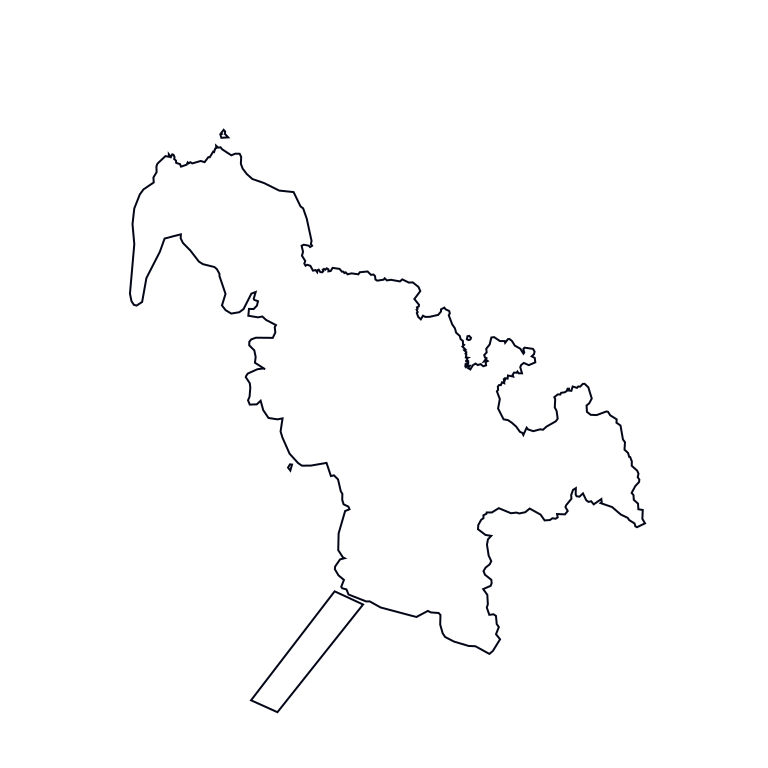 the district of Tailevu, Central, Fiji, rotated 164°
{"feature_id": "14151628B48978228339800", "entity_name": "Tailevu", "entity_type": "district", "adm_level": 2, "iso_a3": "FJI", "parent_name": "Fiji", "parent_adm1": "Central", "projection": "mercator", "projection_center": [178.445, -17.83], "detail": "fine", "context": "isolated", "style": "outline", "palette": "ink", "viewbox_px": 768, "rotation_deg": 164, "n_neighbors": 0, "source": "geoboundaries", "source_scale": "gbopen_adm2", "svg_char_len": 6167}
<svg xmlns="http://www.w3.org/2000/svg" viewBox="0 0 768 768"><g transform="rotate(164 384 384)"><path d="M164.9,221.8L165.8,224.5L164.1,227.6L164.5,230.9L168.4,237.1L167.1,241.3L167.5,245.9L168.4,246.4L168.4,250.4L170.9,254.6L168.4,261.6L169.6,264.8L168.1,278.9L171.2,282.7L170.1,285.9L175.2,291.6L176.3,295.5L177.8,296.3L188.1,295.5L193.8,297.4L196.6,301.3L195.2,307.5L192.0,308.9L188.3,312.8L188.5,324.5L191.1,328.9L192.9,329.3L196.1,327.4L198.0,328.1L199.6,327.1L203.3,329.6L205.8,325.8L208.2,326.8L207.5,328.5L208.8,328.9L210.3,326.9L212.6,326.2L216.2,326.7L217.4,325.3L219.8,326.1L223.9,324.4L223.6,322.3L226.3,314.4L225.5,310.6L226.6,302.8L229.1,300.8L239.4,298.3L243.8,296.2L246.3,297.4L253.5,297.5L258.0,300.6L258.9,302.7L264.1,296.6L264.4,298.8L266.5,300.5L268.7,306.7L272.0,311.8L274.8,315.1L278.8,317.1L281.1,329.0L276.8,337.6L277.5,345.8L275.9,347.0L275.3,350.1L273.6,351.3L272.0,350.7L270.1,353.1L268.2,351.6L267.5,355.6L266.8,355.9L266.7,354.5L265.6,356.0L263.7,355.1L262.5,358.0L257.7,355.5L257.8,357.4L255.9,359.1L253.4,358.3L252.3,359.2L251.7,357.2L248.4,356.2L248.4,362.6L246.9,364.5L243.8,365.7L239.6,362.2L232.6,363.1L231.9,367.5L234.4,369.9L231.6,371.3L230.3,373.7L231.1,376.7L238.9,380.2L240.4,379.2L240.5,375.6L241.6,374.7L243.3,380.4L247.7,384.9L249.1,390.0L251.0,392.7L252.6,392.9L256.2,390.2L256.2,392.0L260.7,393.3L265.2,398.7L268.0,399.1L271.5,392.9L276.0,389.7L276.6,386.1L279.7,384.2L279.6,381.7L278.4,380.6L281.5,378.2L278.7,378.5L278.0,377.5L280.3,377.0L280.7,373.8L283.6,373.7L285.8,376.5L288.6,376.3L290.4,378.4L293.3,377.6L297.0,374.2L298.7,376.0L296.5,377.9L298.2,378.4L299.5,377.2L298.7,378.6L300.6,377.5L301.0,378.4L300.2,380.4L299.0,379.8L299.0,381.0L297.2,381.1L296.8,382.7L299.5,383.6L297.3,383.6L297.5,385.8L296.0,386.1L298.0,387.1L296.6,389.9L297.3,390.7L296.1,391.9L297.6,394.4L296.1,394.5L298.3,398.4L296.2,399.5L297.1,400.5L296.3,403.7L298.0,406.0L297.9,409.3L300.5,413.4L300.5,418.0L302.0,422.6L302.8,432.2L301.3,433.7L301.2,436.2L304.1,438.7L305.0,440.8L308.6,440.0L309.3,437.9L312.9,435.5L321.6,436.0L325.8,437.1L327.7,438.9L330.8,436.0L332.6,439.1L332.9,443.2L331.8,443.9L332.2,446.5L331.0,447.1L331.2,448.6L329.2,449.0L328.5,450.5L331.4,457.3L323.5,463.3L324.1,467.8L328.4,473.8L332.1,474.6L337.6,479.5L340.4,478.2L348.5,482.2L352.7,482.8L354.2,485.4L355.6,484.4L362.0,485.2L363.4,486.8L362.9,490.3L363.9,492.1L366.4,492.5L368.8,496.7L376.5,498.1L378.4,496.5L384.7,499.3L388.8,499.5L390.1,501.9L391.5,501.6L392.1,503.2L393.5,503.6L395.0,506.9L401.4,509.8L404.1,507.3L406.4,507.6L405.8,509.5L407.2,511.0L409.0,510.0L410.0,511.2L411.4,510.7L411.3,509.1L412.7,508.4L414.4,509.2L415.2,511.9L416.5,511.7L417.4,509.9L418.4,512.4L421.0,512.5L422.2,517.9L425.0,519.8L426.8,519.3L427.4,521.7L425.8,524.0L427.5,529.9L425.4,533.4L425.1,539.6L422.7,540.0L418.2,537.7L417.3,536.0L415.0,536.7L415.7,538.7L414.2,541.5L412.7,564.2L413.3,575.1L415.3,577.7L418.0,593.4L431.4,598.8L444.0,610.3L454.0,617.3L458.0,623.6L460.5,630.0L460.9,635.1L458.7,641.6L459.3,645.1L463.5,646.4L467.7,645.9L474.9,654.2L475.9,656.6L478.2,656.9L479.7,659.3L480.2,657.0L481.3,656.9L483.4,653.8L484.1,654.5L489.0,650.0L490.3,650.5L495.3,646.7L498.7,648.9L507.5,648.9L509.1,650.6L511.0,649.9L511.6,651.1L513.3,649.2L519.2,648.9L519.5,651.6L522.8,653.8L522.4,656.1L523.7,658.2L522.8,659.7L523.1,662.2L524.2,663.1L526.3,660.9L527.5,664.1L528.1,661.7L531.3,663.3L541.0,658.3L542.8,655.9L544.2,650.3L548.7,646.1L549.8,641.2L561.5,637.4L566.5,633.5L575.7,621.5L581.7,606.9L585.5,587.2L603.3,540.9L603.9,533.2L602.6,529.0L600.2,527.6L593.9,529.5L583.2,551.3L563.0,572.9L554.8,584.3L538.0,583.9L539.3,580.1L538.4,575.0L533.4,565.8L528.2,552.7L525.0,549.1L514.8,543.2L513.0,540.5L511.8,535.3L512.4,533.0L511.5,514.3L518.1,504.2L515.9,498.6L511.4,493.8L503.3,492.9L498.4,494.7L486.6,507.4L482.0,507.8L485.7,501.9L485.5,500.6L482.3,498.3L484.6,494.3L488.7,492.0L493.1,493.4L495.6,487.0L486.7,482.8L482.3,482.4L479.7,478.1L471.6,470.4L473.3,468.9L474.3,463.4L478.2,459.0L494.3,463.8L499.2,463.5L501.8,461.8L502.9,458.3L499.4,452.1L499.9,445.4L502.2,440.0L494.2,431.0L495.7,432.2L501.6,433.1L512.0,431.6L514.0,430.0L515.0,428.7L512.8,421.7L513.5,417.4L516.7,408.9L519.2,405.8L518.7,401.2L511.9,399.5L507.2,401.9L507.3,392.1L504.4,383.2L496.2,379.4L491.0,378.9L496.5,366.9L496.4,360.6L494.0,343.1L488.4,331.7L485.4,328.1L476.6,325.7L461.0,324.0L460.4,310.1L457.3,310.0L454.5,305.0L455.1,292.8L454.3,289.9L456.1,284.1L456.0,279.5L452.0,275.9L451.7,273.1L456.4,272.6L468.8,252.9L473.8,236.9L471.3,228.7L469.9,227.4L474.6,227.5L481.3,222.0L482.3,219.5L480.5,212.6L476.5,206.7L481.0,200.9L480.5,199.2L476.7,196.9L476.1,191.4L461.1,179.9L457.7,179.0L448.8,170.1L417.1,151.1L404.4,153.8L401.9,151.5L394.6,148.8L393.4,146.4L396.3,137.2L396.3,128.2L395.0,124.0L387.7,117.1L374.9,108.9L368.4,106.7L357.1,95.5L352.9,97.4L342.8,106.6L345.3,112.6L340.6,118.7L341.8,122.2L340.3,130.2L342.1,132.4L346.4,133.1L346.8,140.8L344.9,143.6L342.8,152.9L345.2,159.5L337.1,160.6L335.4,162.9L334.8,166.2L339.5,172.8L339.9,176.7L337.0,179.5L332.1,181.5L329.7,184.2L330.7,190.2L329.3,201.2L326.9,206.0L322.8,208.5L328.0,210.9L333.7,218.5L332.2,222.5L328.0,226.7L325.4,227.6L324.6,230.4L321.4,231.0L320.7,232.2L315.7,230.8L307.9,233.0L297.6,224.8L292.2,223.9L289.7,222.3L283.6,221.8L278.3,224.1L269.5,215.3L267.2,208.6L262.0,207.5L259.1,208.5L256.2,207.2L253.8,207.9L253.5,211.3L246.0,208.8L242.4,211.3L243.5,215.7L242.3,217.3L235.5,222.0L234.7,225.6L231.5,230.1L228.3,231.0L230.2,225.0L229.8,223.0L227.2,221.8L222.9,224.0L221.6,216.4L219.9,214.3L217.2,214.2L215.6,210.5L206.8,213.5L207.3,210.4L208.6,209.8L198.6,202.8L192.4,193.3L186.6,188.1L185.8,185.6L181.6,180.9L181.6,177.9L180.3,176.6L171.5,178.1L172.8,183.2L170.0,191.6L174.0,193.5L172.8,199.0L175.8,203.8L174.8,208.5L176.0,211.0L170.6,216.6L165.8,219.5L164.9,221.8ZM599.0,116.6L576.9,97.9L464.9,177.8L488.6,198.3L599.0,116.6ZM468.1,672.5L471.5,670.0L471.0,669.1L472.5,669.0L472.5,665.5L465.8,664.0L468.0,668.3L467.1,670.5L468.1,672.5ZM496.5,332.7L499.3,330.1L497.9,326.6L494.6,331.9L496.5,332.7ZM290.6,406.9L292.0,404.1L290.3,402.8L288.7,403.0L287.6,404.4L288.9,406.8L290.6,406.9Z" fill="none" stroke="#020617" stroke-width="2"/></g></svg>